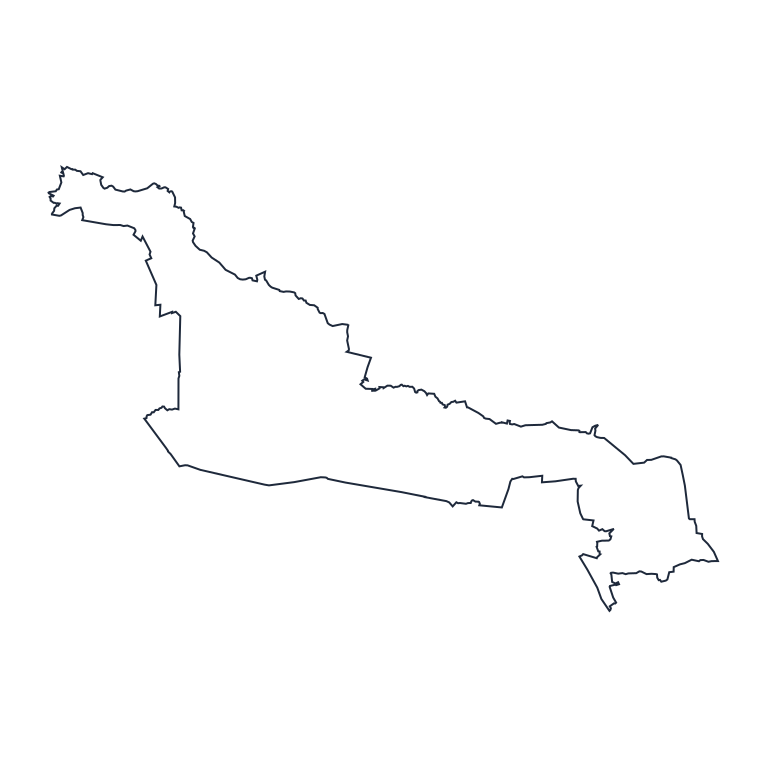 Purísima del Rincón, Guanajuato, Mexico, rotated 84°
{"feature_id": "50627088B64062535861802", "entity_name": "Purísima del Rincón", "entity_type": "district", "adm_level": 2, "iso_a3": "MEX", "parent_name": "Mexico", "parent_adm1": "Guanajuato", "projection": "robinson", "projection_center": [-101.94, 20.941], "detail": "fine", "context": "isolated", "style": "outline", "palette": "slate", "viewbox_px": 768, "rotation_deg": 84, "n_neighbors": 0, "source": "geoboundaries", "source_scale": "gbopen_adm2", "svg_char_len": 6144}
<svg xmlns="http://www.w3.org/2000/svg" viewBox="0 0 768 768"><g transform="rotate(84 384 384)"><path d="M633.2,183.5L632.4,182.5L630.7,181.8L628.7,182.7L626.2,178.2L626.5,177.1L625.7,176.0L620.3,178.4L609.3,180.8L608.5,180.4L607.7,174.7L608.3,174.2L607.7,171.2L605.6,171.9L606.6,174.7L604.7,177.8L597.4,177.8L595.9,178.4L595.5,177.9L595.5,175.9L597.1,170.9L597.0,166.6L598.4,163.5L597.9,160.8L598.5,152.9L597.0,149.6L597.4,147.7L600.5,142.8L600.7,137.8L601.5,133.3L601.9,132.4L605.2,132.5L607.8,131.3L607.7,130.0L609.6,128.9L609.0,124.3L608.0,122.6L601.0,120.0L600.9,115.6L596.4,115.0L594.3,108.5L593.6,103.5L590.9,96.4L593.2,89.3L592.2,87.8L592.4,84.6L594.7,79.9L594.4,76.6L595.0,70.4L585.4,73.5L576.8,78.7L571.6,83.0L568.8,83.6L566.4,83.3L564.9,88.7L557.7,88.3L553.5,89.4L550.9,89.3L550.4,94.0L549.6,94.8L516.5,95.4L505.7,96.4L495.5,97.5L490.6,100.7L489.4,102.0L487.7,106.0L487.3,106.0L485.2,113.3L485.0,115.8L487.4,126.2L487.0,130.3L489.4,133.5L489.5,144.3L480.0,151.7L460.7,170.7L460.2,174.5L459.1,177.7L458.1,179.2L456.9,180.0L452.5,178.6L450.4,178.7L447.6,175.8L447.2,176.0L447.6,178.4L448.8,181.2L454.6,184.2L454.8,185.7L454.3,187.3L452.9,188.4L452.4,194.3L452.2,194.7L450.9,194.6L450.4,195.6L449.4,202.8L445.6,214.6L438.7,220.8L439.6,222.6L439.9,226.6L440.6,227.2L441.1,230.8L439.8,247.7L440.7,252.3L437.4,258.7L437.6,260.8L436.9,262.9L435.3,263.1L433.9,262.6L433.2,264.9L436.2,265.9L434.4,270.8L434.8,270.9L434.6,272.5L435.3,276.8L429.9,282.7L429.0,286.6L428.1,288.1L426.6,288.6L422.7,293.1L416.1,302.8L415.9,303.9L409.7,305.2L410.1,313.9L408.1,315.0L408.9,316.9L409.0,318.9L410.6,320.8L411.2,322.9L413.2,323.6L414.1,325.0L413.7,326.2L413.1,325.6L411.3,325.8L410.4,327.9L408.8,328.4L408.6,329.8L407.5,330.1L406.9,331.0L403.9,332.3L402.0,334.2L399.0,335.1L398.0,340.9L399.5,342.3L397.4,343.1L395.4,344.6L393.5,347.4L393.7,350.3L394.7,351.6L395.8,351.7L396.0,352.9L395.2,353.9L391.7,354.5L389.7,356.1L389.5,358.8L388.4,360.4L388.7,362.1L387.9,363.6L388.2,364.9L386.5,366.4L386.6,367.4L387.8,369.0L388.2,371.3L388.0,372.9L388.6,374.9L386.4,377.5L386.0,380.8L388.0,384.8L387.2,384.8L386.5,388.9L387.9,388.9L389.6,392.8L389.7,393.3L387.8,393.2L388.1,394.8L390.3,394.9L389.7,395.0L389.5,396.5L387.7,396.2L386.8,402.7L381.8,407.4L379.8,404.4L378.5,405.3L377.3,403.3L378.8,399.9L376.9,400.3L375.3,402.5L365.6,398.6L356.5,394.2L348.1,417.7L346.9,415.6L345.6,415.2L336.9,416.1L332.8,414.8L328.7,415.2L326.5,414.9L321.1,413.1L321.4,413.4L320.0,419.3L321.0,429.0L319.2,432.0L317.6,433.6L308.1,435.9L307.0,437.5L306.9,439.6L306.3,440.6L302.5,442.1L301.2,442.0L298.4,445.2L297.6,449.5L295.1,452.7L292.8,453.2L292.6,454.9L290.4,456.2L290.0,457.8L290.5,459.9L286.7,462.7L284.4,462.8L283.5,463.8L282.2,468.0L281.7,471.7L281.9,474.2L280.7,478.0L279.5,478.3L276.5,485.1L275.3,486.6L273.4,488.2L268.6,490.4L268.2,491.2L267.5,491.5L264.5,491.8L259.9,490.5L262.9,499.7L267.1,499.1L268.6,499.6L267.2,503.9L265.0,504.3L264.4,505.9L264.3,507.1L265.4,510.6L265.4,513.5L264.8,516.1L263.3,518.4L259.6,520.8L253.9,529.6L246.0,535.1L240.2,542.2L234.5,546.4L232.7,549.0L231.2,553.2L226.9,557.0L223.0,559.1L221.4,559.3L217.4,556.9L214.3,558.2L209.4,555.9L208.9,556.2L209.0,557.1L207.9,557.6L203.9,556.6L202.7,558.3L199.7,559.5L196.1,564.6L191.3,565.2L190.9,564.8L190.2,565.5L190.1,567.1L187.4,567.4L187.0,568.8L187.3,569.9L186.0,571.9L185.5,574.0L182.2,572.8L176.6,572.3L170.5,574.5L170.0,575.6L170.4,577.2L170.9,577.5L169.4,579.0L167.5,578.3L165.6,580.7L165.4,582.0L166.3,584.8L166.1,587.2L164.6,588.7L163.7,586.6L163.4,586.8L163.0,588.4L161.2,590.0L160.4,591.6L160.7,592.9L164.6,599.0L166.5,608.9L166.5,611.1L166.1,612.8L164.0,615.9L164.7,620.3L165.5,621.8L165.2,623.7L162.6,630.8L159.4,632.7L158.3,634.2L158.4,636.6L159.9,638.7L160.5,641.5L159.6,642.6L156.4,644.4L152.0,644.8L151.3,644.7L149.0,642.1L143.9,651.7L144.8,652.4L143.4,656.3L144.7,661.3L140.7,663.6L139.9,667.2L138.6,668.6L138.2,671.3L137.7,671.5L137.6,672.5L135.0,676.6L137.0,679.2L134.8,681.8L140.0,681.1L139.5,682.5L139.9,682.8L141.1,680.9L143.5,680.6L144.0,680.9L143.0,684.6L149.8,683.8L156.3,687.1L156.4,689.0L158.0,690.3L158.1,696.6L158.6,697.6L159.3,697.4L162.2,692.9L162.9,693.5L162.3,695.8L163.0,697.0L164.7,696.2L166.7,696.4L169.3,693.6L169.4,692.4L170.4,690.9L170.0,690.2L170.6,687.8L172.7,689.5L172.5,691.0L174.8,693.5L177.3,694.0L179.4,696.0L180.3,696.2L180.5,697.3L182.8,689.3L182.6,687.6L178.0,678.5L176.9,673.0L176.8,667.3L182.4,665.8L184.5,666.0L186.6,665.5L189.5,667.0L196.1,643.7L197.7,636.3L198.3,629.7L199.7,626.5L199.6,622.6L203.0,616.1L205.0,615.1L206.1,615.2L209.4,617.5L216.1,610.9L212.1,608.7L228.0,602.4L230.7,603.6L234.6,602.3L236.4,608.0L261.7,600.0L281.8,603.2L281.8,598.1L293.4,599.9L290.1,587.2L291.3,587.4L290.4,583.5L295.2,579.5L333.4,584.5L350.5,585.5L350.8,586.8L354.5,586.7L357.0,587.8L387.7,591.1L386.6,594.5L387.3,597.5L386.6,600.2L387.5,602.2L385.3,604.3L383.5,605.1L383.2,606.7L384.4,607.8L384.8,609.8L386.2,611.1L385.9,613.9L388.1,616.0L387.8,617.6L390.1,619.4L390.2,622.6L391.2,623.4L393.1,623.8L393.4,626.0L425.1,607.3L427.9,605.8L428.5,605.9L431.4,603.5L444.5,596.1L444.0,590.3L444.4,587.8L450.2,575.6L471.6,513.3L472.8,509.0L472.2,483.6L470.1,456.6L470.8,452.1L471.3,450.8L472.5,449.7L478.0,432.6L493.4,377.7L500.5,354.9L500.8,355.1L507.0,334.2L508.6,331.5L512.9,328.5L509.2,324.4L510.3,322.8L510.3,320.9L511.7,315.0L511.2,312.9L511.4,310.2L509.8,309.4L508.9,308.4L508.8,307.6L510.5,305.4L510.9,302.4L511.4,301.7L513.2,301.2L514.6,301.9L519.1,279.7L501.5,271.2L494.2,268.5L491.7,266.4L492.0,265.2L490.3,256.0L491.5,254.5L491.9,249.1L491.8,236.2L498.3,237.2L498.7,223.7L498.0,205.9L498.3,203.3L500.9,203.4L505.7,201.5L505.7,199.0L507.8,201.4L509.7,202.3L521.1,203.7L533.1,202.3L539.0,200.2L539.4,199.9L541.6,189.9L547.1,191.8L550.0,187.1L552.3,185.5L551.2,182.0L553.4,180.0L553.7,178.6L552.3,171.3L552.6,171.2L556.1,175.5L558.9,175.2L559.3,173.9L562.0,175.0L563.0,176.3L563.2,177.2L562.6,183.6L563.2,188.7L564.5,188.5L567.8,189.0L568.1,189.6L572.8,188.4L573.1,187.1L576.0,187.3L576.1,186.9L578.5,190.1L579.5,190.6L574.0,203.7L575.1,204.9L576.0,207.7L589.8,201.2L608.8,193.2L620.5,190.3L633.2,183.5Z" fill="none" stroke="#1e293b" stroke-width="2"/></g></svg>